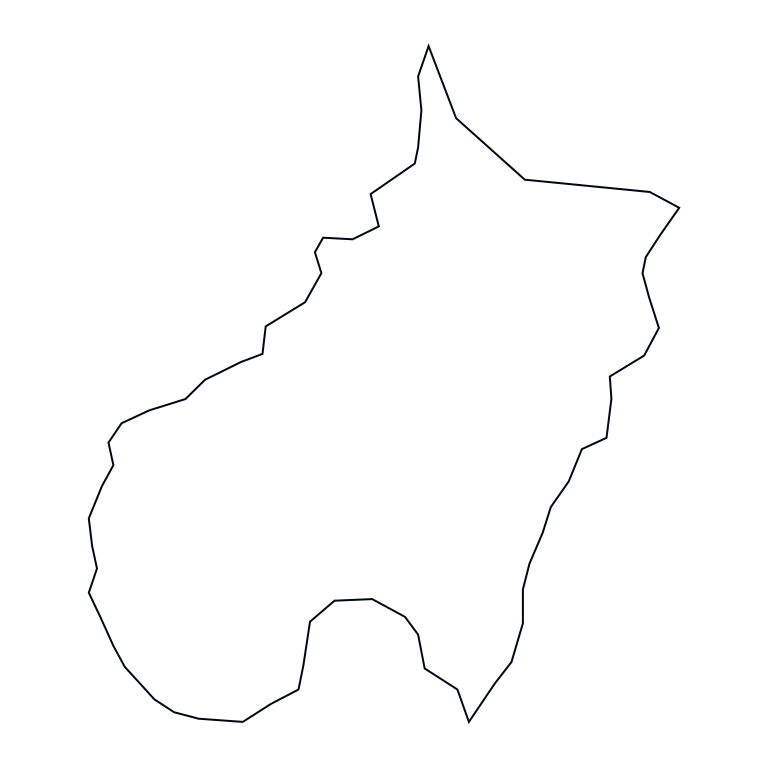 Kotsiatis, Nicosia, Cyprus
{"feature_id": "46923920B69253300160662", "entity_name": "Kotsiatis", "entity_type": "district", "adm_level": 2, "iso_a3": "CYP", "parent_name": "Cyprus", "parent_adm1": "Nicosia", "projection": "robinson", "projection_center": [33.342, 35.013], "detail": "fine", "context": "isolated", "style": "outline", "palette": "ink", "viewbox_px": 768, "rotation_deg": 0, "n_neighbors": 0, "source": "geoboundaries", "source_scale": "gbopen_adm2", "svg_char_len": 936}
<svg xmlns="http://www.w3.org/2000/svg" viewBox="0 0 768 768"><path d="M428.6,46.1L418.1,76.4L421.4,110.3L418.1,147.4L414.8,163.5L370.6,194.1L378.8,226.4L352.6,239.3L323.1,237.7L314.9,252.2L321.4,273.2L305.1,302.2L265.7,326.4L262.5,353.9L241.2,361.9L205.1,379.7L185.5,399.0L149.4,410.3L121.6,423.2L108.5,442.6L113.4,465.2L101.9,486.2L88.8,518.4L92.1,545.9L97.0,568.5L88.8,592.7L100.3,616.9L113.4,645.9L124.8,666.9L139.6,683.1L154.3,699.3L174.0,712.2L198.6,718.7L242.8,721.9L270.6,704.1L298.5,689.5L303.4,665.3L310.0,621.7L334.5,600.7L372.2,599.1L405.0,616.9L418.1,634.6L424.7,668.5L457.4,689.5L468.9,721.9L495.1,683.1L511.5,662.0L522.9,623.3L522.9,589.4L529.5,563.6L542.6,533.0L550.8,507.1L568.8,481.3L581.9,449.1L606.5,437.8L611.4,399.0L609.8,376.5L644.2,355.5L658.9,328.0L649.1,297.4L642.5,273.2L645.8,257.1L660.5,234.5L679.2,207.8L649.8,192.0L524.8,179.7L456.1,118.2L428.6,46.1Z" fill="none" stroke="#020617" stroke-width="2"/></svg>